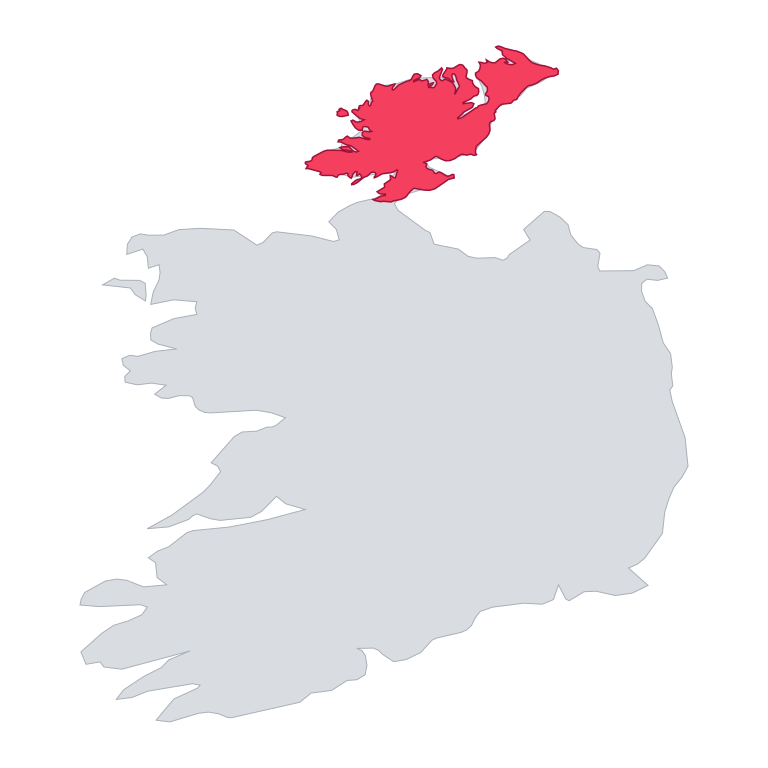 Donegal highlighted on a map of Ireland
{"feature_id": "IRL-729", "entity_name": "Donegal", "entity_type": "County", "adm_level": 1, "iso_a3": "IRL", "parent_name": "Ireland", "parent_adm1": "", "projection": "equal_earth", "projection_center": [-7.962, 54.925], "detail": "fine", "context": "in_parent", "style": "filled", "palette": "rose", "viewbox_px": 768, "rotation_deg": 0, "n_neighbors": 0, "source": "natural_earth", "source_scale": "10m", "svg_char_len": 9440}
<svg xmlns="http://www.w3.org/2000/svg" viewBox="0 0 768 768"><path d="M520.6,95.6L499.1,106.4L495.8,110.5L489.8,127.1L489.1,131.8L475.6,150.3L468.0,154.0L456.6,157.0L450.1,160.0L441.9,158.5L431.6,158.8L426.4,162.1L426.7,164.6L429.8,167.5L448.9,176.1L447.8,179.6L442.4,183.6L408.1,193.6L397.9,199.7L394.4,203.6L398.0,210.3L425.4,230.4L430.0,232.6L434.1,244.2L458.3,249.1L468.2,256.4L476.8,258.2L495.3,257.6L502.8,260.3L507.0,258.2L509.4,254.4L530.1,240.1L523.6,229.5L544.4,211.3L550.2,211.6L560.0,217.1L568.1,224.8L570.8,235.1L578.5,244.4L583.5,247.6L596.8,249.5L600.0,253.1L597.7,266.6L599.8,271.0L633.7,270.7L647.3,264.8L659.0,265.9L664.9,271.9L667.6,278.1L657.5,280.4L646.9,279.2L641.8,283.3L641.5,291.1L645.2,301.3L652.4,308.5L658.3,324.7L663.2,342.8L670.6,353.7L672.3,367.2L671.3,373.9L672.8,385.9L669.8,390.1L672.2,401.4L685.1,437.8L688.0,466.3L682.0,477.1L673.9,487.2L668.7,499.3L664.7,512.3L662.4,533.4L644.8,558.1L637.3,564.2L628.5,568.0L648.0,585.4L632.3,593.1L615.1,595.5L596.1,591.2L584.2,591.7L569.2,600.7L565.8,599.1L558.5,584.9L553.4,599.6L542.4,604.2L523.6,603.2L492.3,607.2L480.2,611.4L475.2,617.9L471.5,625.5L466.6,630.0L461.0,632.4L436.8,638.0L432.0,640.2L420.7,652.5L406.0,659.6L393.8,661.7L382.9,654.6L378.5,650.3L373.4,648.1L356.8,648.4L362.0,650.6L365.4,655.7L367.0,665.3L365.1,674.8L356.9,679.7L347.1,680.5L331.5,690.4L311.0,693.1L299.9,702.2L231.9,717.6L228.0,717.7L218.7,713.8L208.6,712.1L198.4,713.3L169.9,721.9L156.1,720.2L174.0,698.9L197.6,688.1L200.1,685.1L192.4,683.7L147.6,691.2L131.9,697.5L116.3,699.4L123.7,689.7L143.9,676.4L161.3,667.6L168.9,659.8L190.1,650.9L121.9,669.2L104.0,667.0L99.9,661.9L86.0,664.3L80.9,651.9L101.8,633.3L113.9,625.2L128.2,620.9L142.0,614.7L147.2,607.1L140.8,604.7L99.7,606.6L80.0,605.0L81.2,599.0L84.9,592.3L105.5,581.0L116.5,579.1L126.3,580.2L143.6,586.9L166.7,584.8L157.1,577.5L155.6,562.7L148.3,557.8L157.8,551.0L168.7,546.8L186.8,532.7L193.2,530.6L228.8,527.1L267.1,519.7L305.1,509.5L285.7,503.8L276.5,496.3L261.4,511.5L250.6,517.3L220.1,520.4L210.4,518.7L196.9,514.0L192.7,515.8L188.7,519.4L168.5,526.9L147.2,528.7L172.1,515.0L203.6,491.8L210.6,484.4L220.6,471.7L217.6,466.1L211.2,462.8L234.1,436.7L242.1,432.0L256.5,431.2L267.1,427.1L271.8,427.1L276.0,425.5L285.4,417.7L271.1,412.7L256.3,410.2L210.5,412.9L204.5,412.3L198.9,409.9L195.3,406.5L192.6,397.6L189.3,395.7L178.9,395.7L168.7,398.4L161.6,398.1L154.7,394.2L166.0,385.2L151.7,383.1L137.1,384.8L125.1,382.1L124.8,376.4L130.4,370.8L123.3,365.4L121.9,358.7L129.6,355.3L137.9,356.4L155.0,351.4L176.7,349.0L158.1,344.1L150.8,339.9L150.5,333.4L152.1,327.9L173.8,318.6L196.8,314.4L195.2,308.3L196.8,301.7L173.7,299.8L150.7,304.4L153.3,291.8L158.9,280.3L160.1,272.8L159.1,264.7L148.4,268.2L147.3,256.8L142.8,249.1L126.8,254.4L127.4,244.2L132.1,237.0L140.4,233.9L148.6,235.2L163.9,235.1L178.7,229.7L200.0,228.3L233.8,230.0L256.9,245.2L263.0,242.5L272.3,232.9L276.7,231.8L311.8,236.0L333.5,241.5L339.3,239.8L336.2,229.2L328.8,221.8L338.2,212.1L349.7,205.6L357.3,202.4L375.0,198.3L382.7,194.5L387.8,182.1L396.0,171.8L351.8,177.2L309.8,165.0L316.5,156.4L325.4,151.5L340.7,147.7L342.2,143.2L349.9,139.5L362.8,129.7L358.1,116.9L360.7,107.6L369.9,101.5L372.8,92.8L376.9,86.4L395.5,84.1L413.4,78.2L441.0,77.4L448.2,79.8L446.5,69.2L459.5,67.9L464.6,70.0L466.8,77.4L472.8,82.2L474.6,90.5L470.7,96.9L464.1,101.8L470.1,106.8L460.8,116.0L470.9,112.1L485.3,103.1L484.5,95.8L482.0,86.7L478.0,78.4L479.8,69.3L487.9,63.6L509.1,60.8L500.4,50.5L508.1,49.5L516.6,51.7L529.0,59.7L555.4,71.0L542.6,81.0L526.8,88.0L520.6,95.6ZM146.1,296.0L145.4,300.9L135.3,294.7L130.5,288.0L102.6,284.9L114.3,278.2L120.0,280.2L139.7,280.4L145.2,283.3L146.1,296.0Z" fill="#d9dde1" stroke="#a8b0b8" stroke-width="1"/><path d="M516.8,99.4L514.1,100.1L512.9,101.1L511.9,102.3L510.8,103.2L502.1,104.2L500.5,105.1L499.1,106.2L495.3,110.5L495.9,111.9L495.5,112.2L494.8,112.4L494.2,113.6L495.0,117.9L494.9,119.3L493.9,120.4L493.7,120.7L491.0,121.5L489.9,122.5L489.4,124.5L490.0,128.8L490.0,130.6L488.6,134.2L486.4,137.2L476.6,146.0L475.7,148.3L475.5,152.5L475.9,153.8L476.6,154.4L476.6,154.7L474.9,155.3L473.4,155.2L470.9,154.2L466.8,155.1L462.1,154.2L459.6,155.2L454.9,158.6L450.2,160.5L445.6,160.8L441.1,159.0L437.2,156.6L435.3,156.5L430.6,159.9L423.8,162.3L426.1,163.7L426.9,164.0L425.9,166.6L427.0,168.3L429.2,169.4L431.6,169.9L432.8,170.4L434.1,172.6L435.2,173.4L436.4,173.4L438.5,172.3L439.5,172.0L441.4,172.8L445.8,175.7L447.9,176.3L450.2,175.5L452.3,174.4L453.8,174.6L454.2,177.9L454.2,178.0L448.5,179.4L434.9,188.8L429.7,190.3L424.3,190.1L413.9,188.3L411.0,190.7L408.3,193.7L406.6,196.1L405.9,196.9L404.3,197.9L400.9,199.4L393.6,200.9L391.1,201.9L390.7,201.9L383.1,201.3L380.4,201.7L374.4,200.4L373.1,199.5L374.9,199.2L381.1,196.1L385.4,195.4L385.4,194.1L380.9,194.0L378.9,193.3L377.1,191.7L384.6,187.2L384.3,183.9L390.6,179.7L390.2,175.5L391.7,176.1L392.7,176.9L393.7,177.5L395.4,177.8L397.0,172.3L397.7,170.8L397.3,170.5L397.1,170.4L396.8,169.8L394.1,171.6L391.4,172.6L382.1,173.8L377.1,176.7L374.3,177.8L374.3,176.7L375.7,175.3L375.9,173.7L374.9,172.5L373.0,172.0L370.9,172.7L367.4,176.0L363.9,177.3L357.5,182.4L355.7,183.5L353.7,184.4L351.7,184.7L351.7,183.7L355.1,180.8L357.2,179.6L359.8,179.1L361.6,177.8L361.2,175.4L359.5,173.9L357.5,175.5L356.5,175.5L357.0,171.7L355.2,171.7L352.9,174.1L351.8,177.3L351.1,178.3L349.7,177.4L348.3,176.0L347.7,174.8L347.9,174.1L347.7,173.4L346.7,173.2L345.7,173.3L344.3,174.0L343.5,174.3L340.1,174.5L338.5,174.9L337.1,177.2L335.3,176.9L332.6,175.5L322.2,175.4L319.9,174.3L321.0,172.7L319.7,171.7L308.4,168.6L306.0,168.6L306.4,168.0L306.7,167.4L307.1,166.8L307.9,166.2L307.9,165.2L306.1,164.3L305.2,163.1L305.5,162.0L307.4,161.6L309.4,161.4L311.0,160.8L312.1,159.6L312.5,157.5L314.1,156.3L323.8,151.2L327.3,150.2L341.0,150.4L348.2,152.2L351.9,152.2L351.9,151.2L342.3,149.5L339.8,147.6L341.9,146.9L348.0,146.6L349.6,147.1L351.3,149.1L353.5,151.1L356.0,152.1L358.5,151.2L351.2,145.9L346.1,144.6L341.2,142.1L338.0,141.8L338.6,140.2L339.6,139.8L340.9,139.8L342.6,139.5L343.9,138.8L345.7,137.0L347.3,136.1L349.9,138.0L352.9,138.2L359.4,137.3L367.0,139.5L369.8,139.5L369.8,138.4L367.4,138.1L364.4,137.2L362.2,135.4L362.3,132.6L364.2,131.1L369.6,131.8L371.6,131.4L369.8,130.3L368.3,127.3L366.4,126.7L363.9,126.6L363.2,126.7L362.7,127.5L362.4,128.7L362.4,129.8L362.3,130.3L358.4,130.1L355.2,127.7L352.8,124.2L351.0,121.0L352.8,120.1L354.1,120.6L355.4,121.6L357.2,122.1L359.1,121.9L360.9,121.4L364.3,119.8L360.2,118.6L357.2,116.4L352.0,111.8L352.0,110.6L353.2,109.8L354.6,109.4L356.1,109.6L357.7,110.6L359.1,108.9L359.5,108.3L358.6,108.3L359.3,105.9L360.4,105.5L361.7,105.6L363.3,104.9L366.0,100.9L366.9,100.2L368.2,101.2L368.6,105.1L369.9,106.0L370.6,105.3L371.5,102.2L372.7,101.3L371.1,96.3L370.6,93.4L371.2,92.1L372.8,91.0L375.0,85.8L376.4,84.0L378.5,83.9L386.1,86.3L388.6,86.0L392.8,84.4L395.0,84.0L394.2,85.5L393.2,86.6L392.5,87.7L392.2,89.2L392.9,90.1L394.5,89.1L398.6,85.0L406.9,81.2L409.5,80.6L411.4,79.3L412.6,76.5L414.3,74.1L417.4,73.7L421.0,75.6L419.9,77.5L413.7,80.6L413.7,81.7L419.4,79.5L420.3,79.9L421.2,80.8L423.2,80.6L425.4,80.0L426.7,79.3L428.5,81.7L428.5,82.8L428.0,84.7L429.2,84.4L431.2,83.3L433.3,82.8L432.6,84.4L431.5,85.5L430.2,86.1L428.5,86.3L428.6,87.5L431.0,87.4L432.6,87.7L433.8,87.6L435.1,86.3L436.7,83.3L436.3,81.4L433.3,78.3L432.5,74.9L434.6,72.8L438.2,70.9L441.6,67.9L442.0,68.8L442.6,69.2L439.5,77.1L439.3,78.3L439.6,78.6L440.0,79.3L440.7,80.0L441.6,80.6L442.8,80.6L444.2,79.5L445.4,79.3L447.3,79.9L450.1,81.3L452.7,83.0L453.8,84.6L454.1,85.2L455.3,87.4L455.7,88.6L455.6,89.8L454.9,92.8L454.7,94.4L455.8,92.8L458.0,88.4L458.9,87.5L459.4,86.3L458.5,83.6L457.2,81.0L456.6,79.9L456.4,78.3L455.7,76.1L454.6,74.3L452.9,73.7L451.8,74.9L452.1,77.3L453.0,79.9L453.8,81.7L451.9,81.5L450.6,80.5L449.5,79.3L448.2,78.3L444.2,77.4L442.6,76.4L443.1,74.3L446.8,68.9L446.8,67.9L451.6,68.5L453.8,67.9L458.6,65.0L460.3,64.5L462.7,65.1L464.1,66.8L465.2,68.4L466.4,69.2L467.1,70.4L466.9,73.0L466.3,75.6L465.9,76.5L466.7,78.0L468.5,79.2L472.4,80.6L472.4,82.6L473.6,84.8L475.2,86.7L476.7,87.5L478.5,88.7L478.8,91.5L478.0,94.3L476.7,95.5L474.6,95.9L473.0,96.9L470.6,99.1L463.1,102.5L463.1,103.7L471.3,102.6L473.9,103.6L472.5,107.1L470.8,108.3L464.1,111.8L459.6,116.4L457.7,117.6L457.7,118.7L460.4,118.2L462.9,116.9L475.8,107.9L477.2,107.7L478.4,105.9L481.1,105.0L484.2,104.4L486.6,103.7L488.3,101.6L489.1,98.9L488.5,96.5L486.0,95.5L485.4,94.8L485.9,93.3L487.4,90.9L487.3,86.9L486.4,86.6L480.9,80.6L477.7,78.7L476.6,77.7L476.1,76.6L475.5,74.8L475.5,73.1L478.6,71.2L480.0,68.3L480.4,64.9L478.9,62.2L481.2,62.4L483.2,63.0L485.1,63.3L487.3,62.2L486.9,61.6L486.8,61.3L486.7,60.8L486.4,59.9L489.1,61.6L492.0,62.8L495.0,62.8L500.2,58.8L502.9,58.2L505.6,59.1L507.8,62.2L504.9,62.3L504.0,62.2L506.6,63.6L509.6,64.6L512.6,64.6L515.3,63.3L506.6,58.3L502.5,54.7L502.1,50.7L498.5,49.2L496.9,48.2L495.7,47.1L497.8,46.1L500.3,46.5L504.9,48.4L514.3,50.7L516.5,51.0L521.7,53.0L523.6,54.1L530.6,61.6L532.6,62.9L539.4,65.2L544.5,65.8L550.7,67.7L553.5,69.2L556.5,68.2L558.4,70.8L558.0,74.3L554.0,76.0L550.2,76.5L545.6,77.9L541.4,79.9L536.7,83.2L532.3,84.9L528.6,85.7L526.8,86.9L520.9,92.8L518.8,95.6L517.1,98.7L516.8,99.4ZM342.7,109.4L344.9,110.1L346.6,110.9L347.7,112.4L348.3,115.2L342.3,116.5L339.4,116.4L337.1,115.2L337.1,114.1L337.4,113.4L337.5,113.4L337.4,113.1L337.1,111.8L339.2,110.8L339.9,110.6L339.6,110.2L339.2,109.7L339.0,109.4L340.2,108.5L341.2,108.3L342.0,108.6L342.7,109.4Z" fill="#f43f5e" stroke="#9f1239" stroke-width="1.5"/></svg>